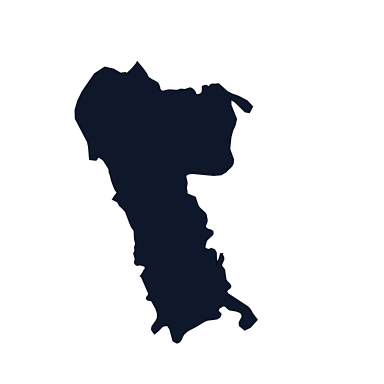 an SVG outline of Sremski, rotated 249°
{"feature_id": "SRB-281", "entity_name": "Sremski", "entity_type": "District", "adm_level": 1, "iso_a3": "SRB", "parent_name": "Republic of Serbia", "parent_adm1": "", "projection": "albers", "projection_center": [19.679, 44.916], "detail": "fine", "context": "isolated", "style": "filled", "palette": "ink", "viewbox_px": 384, "rotation_deg": 249, "n_neighbors": 0, "source": "natural_earth", "source_scale": "10m", "svg_char_len": 4641}
<svg xmlns="http://www.w3.org/2000/svg" viewBox="0 0 384 384"><g transform="rotate(249 192 192)"><path d="M89.9,194.2L88.8,192.7L88.1,190.1L86.7,188.3L84.0,188.9L64.5,203.0L61.0,204.2L56.5,204.8L49.5,206.9L45.0,198.0L44.4,191.8L50.2,188.6L53.2,189.5L57.5,194.4L60.6,194.8L63.2,193.2L65.3,190.6L68.7,184.9L70.8,183.6L73.3,182.6L74.8,180.4L74.0,175.7L72.0,173.5L67.6,175.2L65.3,173.0L64.8,169.9L65.6,166.1L66.6,162.5L67.1,159.6L66.9,156.4L65.2,147.4L64.4,140.0L63.8,137.1L62.2,133.2L60.6,131.2L58.4,129.1L56.7,126.7L56.5,124.0L59.8,121.1L71.8,122.4L76.5,121.4L77.4,116.5L74.7,110.7L73.2,106.2L77.9,105.1L80.5,106.5L84.5,112.4L86.8,114.8L90.9,116.4L95.6,116.7L104.6,115.5L105.7,114.8L106.3,113.4L107.1,112.1L108.7,111.4L109.7,111.9L111.4,114.6L112.4,115.4L131.1,114.6L131.8,113.9L133.1,115.7L134.6,117.9L134.9,118.2L135.5,118.7L135.8,119.0L136.1,119.6L136.5,120.3L136.6,120.5L136.9,120.8L137.1,120.9L138.2,121.5L138.5,121.6L138.9,121.7L139.1,121.7L139.3,121.6L139.5,121.5L139.6,121.4L139.8,121.3L140.0,121.1L140.6,120.5L141.0,120.0L143.4,116.4L143.3,116.1L143.1,115.4L143.2,114.9L143.5,114.4L143.9,114.1L144.3,113.8L145.4,113.3L146.2,113.2L146.5,113.2L147.0,113.3L147.5,113.6L148.6,114.6L149.1,114.9L149.6,115.1L150.5,115.3L155.5,115.8L156.7,117.1L157.3,117.6L157.8,117.9L158.3,118.1L159.7,118.4L160.4,118.6L160.9,118.8L161.4,119.1L162.9,120.4L163.8,121.0L164.4,121.1L165.2,121.3L167.8,121.5L168.6,121.7L170.9,122.4L174.0,123.5L176.2,124.2L176.8,124.2L177.5,124.2L180.6,123.3L181.4,123.1L182.3,123.1L184.9,123.0L197.5,123.1L201.6,121.5L203.2,120.8L204.3,120.1L204.9,119.8L205.5,119.6L208.4,119.4L209.1,119.2L209.7,118.9L210.2,118.5L211.4,117.5L213.5,115.4L215.8,118.4L217.6,121.5L217.9,121.8L218.3,122.0L218.7,122.1L219.1,122.0L221.0,121.4L221.8,121.3L223.5,121.1L227.1,121.1L230.8,121.2L232.7,121.3L233.5,121.5L234.0,121.6L237.3,121.9L240.4,122.0L240.8,122.1L241.7,122.6L242.1,122.7L243.6,122.8L247.2,122.2L248.7,121.9L249.7,121.6L252.5,121.1L253.3,120.8L254.0,120.5L254.7,120.1L256.7,118.7L257.6,118.0L258.1,117.5L258.3,117.2L258.4,116.9L258.3,116.4L257.9,115.9L257.0,115.0L256.6,114.4L256.4,114.0L256.4,113.6L256.5,113.3L256.7,112.9L259.2,108.3L271.5,111.9L276.3,112.6L302.2,109.6L310.3,112.4L317.8,118.1L322.3,122.9L324.8,125.5L335.6,141.3L337.1,143.5L339.6,155.3L334.6,162.7L328.3,167.8L327.1,172.8L325.4,172.8L328.2,179.8L331.6,186.0L332.9,187.5L323.5,190.6L318.6,191.8L316.0,191.9L315.3,192.0L314.3,192.3L313.7,192.7L312.4,193.7L311.0,194.7L309.4,196.3L306.6,198.5L306.2,198.8L305.6,199.0L304.9,199.2L303.2,199.2L301.5,199.1L299.7,198.8L299.1,198.8L298.6,198.9L298.1,199.1L297.6,199.4L296.7,200.3L296.3,200.9L296.1,201.3L296.1,201.8L296.0,203.6L295.9,204.3L295.3,207.3L294.6,208.9L292.2,213.8L291.9,215.9L291.8,218.2L291.6,218.9L291.3,219.6L290.5,220.8L290.2,221.5L290.0,222.3L289.9,223.1L289.8,226.4L289.7,227.2L289.5,227.7L289.2,228.1L288.5,228.8L287.7,229.4L286.2,230.1L284.7,230.5L284.0,230.6L283.2,230.5L282.6,230.5L282.1,230.6L281.7,230.7L281.3,231.1L280.7,232.1L280.6,232.5L280.4,233.4L280.3,234.3L280.4,235.1L280.6,236.0L280.8,236.5L281.1,236.9L281.9,237.6L282.7,238.1L284.3,238.8L286.0,239.3L286.3,239.6L286.7,240.0L286.8,240.6L286.8,241.2L286.5,242.7L286.2,243.3L285.9,243.8L285.6,244.0L284.3,244.9L284.1,245.2L283.9,245.7L284.0,246.0L285.2,247.5L285.3,248.0L285.4,248.6L285.3,249.0L284.8,250.8L284.2,251.8L283.4,255.4L272.8,260.9L268.9,264.4L264.4,269.7L257.2,276.0L250.1,278.9L245.8,274.0L247.9,270.5L260.7,264.6L265.1,261.4L259.2,259.3L244.2,259.5L239.0,256.0L235.3,252.1L229.5,247.9L218.7,242.4L207.6,242.2L204.0,240.5L202.2,238.4L201.1,236.2L200.2,233.7L198.8,231.0L197.9,225.3L199.9,218.3L209.3,199.4L210.4,195.5L210.0,192.3L208.3,191.4L202.5,190.6L197.8,187.9L194.1,187.3L192.0,186.5L185.8,193.1L185.1,193.0L183.3,192.8L178.8,192.6L177.0,192.7L176.2,192.7L175.4,192.9L173.8,193.5L170.0,195.4L167.9,196.4L167.1,196.7L166.4,196.8L165.7,196.8L165.0,196.8L163.4,196.4L161.3,196.1L160.2,195.8L158.9,195.1L158.3,194.6L156.3,192.7L155.8,192.3L155.2,192.0L154.6,191.8L154.3,191.8L153.7,192.0L153.0,192.3L152.1,192.9L151.5,193.4L150.7,194.3L149.7,195.7L148.8,196.5L148.2,196.9L147.7,197.1L147.3,197.1L146.9,197.0L146.0,196.6L145.5,196.4L145.0,195.9L144.6,195.2L143.9,193.3L143.1,191.4L142.4,189.5L142.1,188.9L141.3,187.8L140.1,186.8L137.6,185.0L137.0,184.6L136.0,184.2L135.3,184.1L134.6,184.1L134.2,184.2L131.9,187.2L132.3,189.7L129.9,192.2L126.7,192.7L120.0,190.3L116.6,190.0L120.1,193.9L123.9,196.5L123.5,198.1L122.7,197.2L122.6,197.5L122.0,197.8L119.8,198.0L117.7,197.3L113.4,193.1L111.4,193.1L109.6,193.9L107.7,194.3L98.1,192.1L95.9,192.5L92.1,194.2L89.9,194.2Z" fill="#0f172a" stroke="#020617" stroke-width="1.5"/></g></svg>